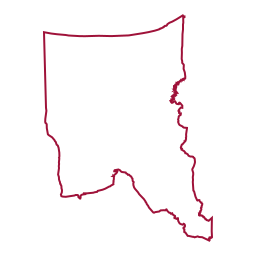 Pueblo Viejo, Colombia (Mercator projection)
{"feature_id": "7082276B85256872918621", "entity_name": "Pueblo Viejo", "entity_type": "district", "adm_level": 2, "iso_a3": "COL", "parent_name": "Colombia", "parent_adm1": "", "projection": "mercator", "projection_center": [-74.321, 10.832], "detail": "fine", "context": "isolated", "style": "outline", "palette": "rose", "viewbox_px": 256, "rotation_deg": 0, "n_neighbors": 0, "source": "geoboundaries", "source_scale": "gbopen_adm2", "svg_char_len": 5840}
<svg xmlns="http://www.w3.org/2000/svg" viewBox="0 0 256 256"><path d="M183.3,16.1L182.8,15.4L176.5,19.3L172.3,21.6L169.4,22.8L167.4,24.2L166.8,25.4L165.9,25.9L165.1,25.8L163.3,27.1L163.4,27.3L160.0,28.9L160.0,28.7L159.5,28.9L159.0,29.4L154.7,30.7L148.6,32.1L142.7,33.2L128.8,35.4L111.3,36.1L98.8,35.8L84.7,36.2L79.2,36.1L68.7,35.5L65.7,35.0L56.7,34.2L51.0,33.5L44.0,32.2L46.0,107.8L46.4,110.8L45.3,119.0L45.2,122.0L45.6,123.1L46.2,123.4L46.7,124.3L46.8,128.1L47.9,134.3L48.7,135.1L52.1,137.3L54.4,140.0L55.0,141.2L55.7,141.9L56.6,144.6L57.8,145.6L58.6,147.9L59.3,152.6L59.4,155.9L59.3,157.2L59.0,157.7L59.3,158.6L58.9,162.6L59.1,163.9L58.8,166.1L59.0,168.1L58.1,174.5L58.9,177.0L59.0,179.3L59.4,180.8L59.9,181.9L60.2,183.9L60.7,184.2L60.8,184.9L61.4,186.0L61.5,188.3L61.9,189.6L62.0,190.6L61.8,192.5L60.9,194.6L61.4,196.2L62.8,196.6L65.8,196.8L74.5,195.5L75.6,195.0L77.4,195.0L78.1,195.3L78.4,195.7L78.3,196.6L78.4,197.1L79.9,198.5L80.3,198.5L80.6,197.5L80.5,196.4L81.0,195.3L82.2,194.6L84.9,194.2L84.5,193.6L83.7,193.7L83.8,193.3L87.4,193.3L93.4,192.7L94.5,192.3L97.2,191.8L97.7,190.9L102.6,189.7L105.2,188.7L109.3,186.5L110.2,186.3L111.1,185.5L113.4,184.3L113.3,183.3L113.6,181.6L113.4,181.1L113.8,179.6L113.9,177.6L113.7,176.6L113.9,176.8L114.1,176.4L113.8,176.0L113.1,176.0L116.2,173.4L116.9,172.5L117.4,171.3L117.2,171.0L116.6,171.0L116.1,171.4L115.5,171.2L115.2,170.8L114.9,171.2L114.6,171.1L114.3,172.1L114.2,171.5L114.4,170.6L114.7,170.2L118.4,169.5L119.9,170.2L120.9,171.4L121.9,172.0L125.7,172.5L126.3,173.5L127.5,174.0L127.9,174.8L129.2,174.8L129.8,175.6L131.3,176.6L131.6,177.6L132.5,178.6L132.5,179.7L132.8,181.2L133.7,182.1L133.3,183.4L133.4,185.1L134.1,187.4L135.0,188.8L138.0,192.3L139.2,194.2L143.9,199.1L145.4,201.3L145.6,202.0L146.1,202.4L146.8,204.1L148.1,205.8L149.0,207.6L153.2,212.4L154.0,212.7L155.3,212.1L159.2,211.5L160.6,210.4L164.1,210.2L165.2,210.4L165.6,210.2L166.1,209.5L166.5,209.4L166.7,209.6L167.0,210.5L169.0,212.6L170.1,212.8L170.8,213.7L172.2,213.3L172.5,214.5L173.4,214.8L173.8,215.3L175.0,215.9L175.1,216.4L174.4,217.5L174.5,218.1L175.6,218.1L176.0,218.7L176.6,218.9L177.6,218.2L178.0,218.3L178.0,219.5L178.3,221.1L179.6,223.4L180.8,224.1L182.6,224.7L183.0,224.6L183.6,223.8L184.3,224.1L184.9,225.1L185.0,226.1L184.6,227.0L183.7,227.4L183.4,227.9L183.5,228.5L184.4,229.3L184.2,230.1L184.4,230.9L184.2,231.9L184.5,232.2L185.4,232.5L187.7,235.9L188.6,235.9L193.1,236.9L193.6,236.8L194.6,237.3L197.7,236.4L199.1,237.0L202.2,237.2L209.3,240.6L209.6,240.1L208.8,239.7L208.7,238.9L209.2,238.2L209.5,237.4L210.1,237.3L210.3,237.9L210.7,238.1L211.8,237.5L212.0,237.2L211.7,231.1L211.9,217.9L208.8,220.7L208.4,220.8L207.9,220.3L206.6,220.1L206.1,219.3L205.4,219.2L205.3,218.6L204.4,217.9L204.2,217.2L203.6,216.7L203.2,216.9L202.5,215.8L201.9,215.8L201.6,215.4L200.5,215.5L200.0,215.1L199.4,215.5L199.0,215.2L199.0,214.0L199.9,213.6L199.9,213.3L199.5,213.0L199.9,212.8L199.9,212.0L200.6,211.7L200.4,210.9L200.8,210.6L201.3,209.7L201.3,208.7L200.9,208.1L201.2,207.4L201.7,207.0L201.6,206.0L202.1,205.1L202.3,203.9L201.6,203.2L201.5,202.6L200.9,202.6L199.3,200.6L199.3,200.1L198.3,200.1L197.4,200.5L197.1,200.2L195.5,196.7L194.1,191.4L193.4,190.6L192.8,181.9L193.0,180.0L192.8,177.1L193.2,174.7L193.2,172.8L192.3,169.8L192.4,169.0L193.8,166.3L194.7,163.5L195.0,162.1L194.7,158.9L194.3,158.0L193.6,157.7L193.2,156.9L192.5,156.6L190.3,156.5L188.9,155.9L188.5,155.7L187.7,154.3L186.1,153.3L185.3,153.2L185.1,152.3L184.1,151.1L181.5,149.6L181.9,148.6L181.0,148.2L180.8,147.5L181.8,144.6L182.5,144.3L184.9,141.5L184.8,141.2L185.3,141.2L185.7,140.4L185.7,139.7L186.1,139.0L185.9,137.6L186.2,137.0L186.1,134.3L187.0,128.2L187.0,127.9L183.8,127.6L182.9,127.0L182.6,126.5L179.6,125.0L178.9,124.0L178.1,121.9L178.5,121.0L178.1,119.5L178.6,117.9L178.7,116.6L179.2,115.8L180.6,115.0L180.9,113.7L180.8,113.3L179.9,113.5L179.1,113.1L179.0,112.5L179.4,111.4L178.5,111.0L178.5,110.6L179.4,109.1L180.8,107.6L182.3,107.8L182.3,105.6L180.2,103.1L179.7,102.7L179.3,102.7L179.0,103.0L179.1,104.0L178.9,104.2L177.1,104.0L176.2,103.4L175.5,101.9L174.9,101.3L174.3,101.3L172.6,102.7L171.8,102.8L171.1,102.1L170.5,100.9L171.6,100.7L171.3,99.4L172.8,99.1L172.4,99.7L172.6,99.9L173.4,99.3L173.0,99.0L173.3,98.8L173.7,98.9L173.6,98.7L173.8,98.4L173.6,98.2L173.9,98.0L173.5,97.7L173.6,96.9L172.4,97.0L172.6,97.2L172.3,97.2L172.0,96.5L172.5,96.2L172.6,96.7L173.0,96.6L172.8,96.3L173.1,95.8L172.8,95.5L173.4,95.1L173.8,95.5L173.7,96.1L173.9,95.7L174.3,95.7L174.0,95.6L174.1,95.3L174.8,95.4L174.8,95.7L174.5,95.8L175.3,95.9L175.6,95.6L174.9,95.5L175.7,94.3L175.3,94.3L175.7,94.0L175.3,94.0L175.4,93.2L174.9,92.8L175.4,92.6L175.3,92.2L176.5,92.5L176.0,91.9L175.5,92.1L175.8,91.6L176.3,91.7L175.7,90.9L175.4,91.1L175.5,90.4L175.2,90.5L175.2,90.9L175.0,91.0L174.9,90.3L174.5,90.4L174.8,90.1L174.3,89.7L174.7,89.7L175.2,88.3L174.9,88.0L174.6,88.2L174.5,87.7L174.4,88.2L174.1,88.0L174.2,87.7L174.0,87.2L174.3,86.9L174.0,86.5L174.0,86.0L174.6,85.9L175.0,86.1L174.8,87.0L175.8,86.5L176.1,87.1L176.4,85.5L175.6,86.1L175.8,86.5L175.6,86.5L175.1,86.2L175.6,85.8L175.8,85.3L175.4,85.5L175.1,85.0L175.2,84.8L175.6,84.9L176.4,84.2L176.7,84.5L177.0,84.3L177.0,84.6L177.2,84.3L177.9,84.7L177.5,84.2L177.8,84.0L177.9,83.5L177.0,84.0L177.2,83.6L176.8,83.3L177.1,83.1L176.9,82.8L177.5,82.8L177.8,82.2L178.6,82.2L178.8,82.3L178.5,82.7L178.7,83.2L179.0,82.2L179.4,81.9L179.3,81.6L179.9,81.1L180.4,81.2L180.3,80.9L180.8,80.2L181.0,80.5L181.6,80.2L182.1,80.5L183.0,79.5L183.6,79.8L183.6,79.3L183.1,78.9L183.5,78.7L183.9,78.9L184.3,78.6L184.8,78.8L185.2,78.5L185.3,76.6L184.8,72.4L183.6,68.9L183.8,65.4L183.7,64.6L182.2,62.9L182.2,61.2L181.7,59.0L181.9,52.8L181.8,48.9L182.3,45.9L182.5,34.2L183.0,29.5L183.0,24.4L183.3,22.8L183.2,18.1L183.8,17.5L185.2,16.7L184.7,16.9L184.6,16.6L183.5,17.4L182.8,16.4L183.3,16.1Z" fill="none" stroke="#9f1239" stroke-width="2"/></svg>